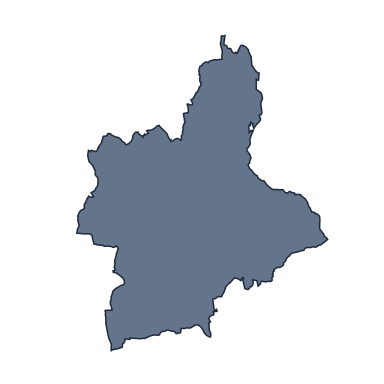 outline of Zalau, Salaj, Romania, rotated 257°
{"feature_id": "2599482B75306965992647", "entity_name": "Zalau", "entity_type": "district", "adm_level": 2, "iso_a3": "ROU", "parent_name": "Romania", "parent_adm1": "Salaj", "projection": "natural_earth1", "projection_center": [23.08, 47.176], "detail": "fine", "context": "isolated", "style": "filled", "palette": "slate", "viewbox_px": 384, "rotation_deg": 257, "n_neighbors": 0, "source": "geoboundaries", "source_scale": "gbopen_adm2", "svg_char_len": 5959}
<svg xmlns="http://www.w3.org/2000/svg" viewBox="0 0 384 384"><g transform="rotate(257 192 192)"><path d="M175.1,276.3L175.2,275.1L175.8,274.2L175.9,271.7L176.5,271.5L176.9,270.5L180.1,267.9L183.3,266.0L186.5,264.8L187.2,263.3L187.2,262.5L188.8,261.3L189.9,260.1L191.7,259.3L193.3,259.2L194.5,257.5L200.1,254.7L201.9,253.4L205.4,252.7L206.7,253.5L207.1,254.5L210.8,256.1L211.4,256.9L212.0,257.1L215.1,256.9L219.6,255.1L221.0,254.9L222.0,255.5L222.3,256.3L223.2,257.4L225.2,259.2L226.2,259.7L229.7,260.1L230.7,260.5L236.2,263.9L237.1,265.0L237.8,265.3L238.6,264.7L238.2,263.0L237.2,261.1L239.1,261.9L240.2,261.6L243.0,261.9L243.2,262.4L244.7,263.4L243.8,264.0L246.7,265.0L245.0,266.7L243.8,266.2L239.8,266.5L240.7,267.1L243.5,270.4L244.7,272.5L246.2,274.4L247.6,275.1L249.2,275.2L250.1,274.5L252.0,275.2L251.7,276.5L253.5,278.0L262.7,278.9L264.9,280.1L266.4,281.4L269.1,282.0L273.3,281.5L277.5,277.7L287.5,280.0L285.9,281.5L285.9,281.9L292.8,284.2L293.0,283.1L293.4,282.7L296.1,281.1L301.9,278.9L310.8,280.0L316.8,278.6L317.7,279.0L321.4,276.9L322.1,276.3L322.4,275.4L323.2,275.0L323.2,274.1L323.8,273.5L323.8,272.5L319.7,269.0L317.9,268.2L318.1,267.8L317.0,267.1L318.3,265.8L317.3,265.2L318.0,264.1L319.0,262.8L323.0,261.9L323.3,261.4L323.7,259.6L324.4,259.0L326.9,258.6L328.1,256.3L329.7,256.6L337.0,259.3L336.8,258.6L337.4,255.6L332.9,254.4L330.3,253.0L322.3,253.2L316.9,251.4L314.5,251.3L315.1,247.2L315.1,246.3L315.9,243.5L315.5,238.1L314.5,237.2L315.6,235.1L314.8,232.1L313.6,230.3L312.9,229.9L312.7,228.3L312.3,227.7L308.3,225.8L305.8,226.0L304.7,225.1L303.3,226.1L301.3,225.2L298.0,224.5L297.2,224.8L296.7,225.5L296.0,225.6L295.9,225.1L294.0,224.6L292.8,223.3L292.6,222.6L291.9,222.6L291.2,221.8L290.3,221.5L289.8,220.8L288.5,220.0L287.7,218.1L286.9,217.7L283.6,214.8L282.3,213.3L282.3,211.8L278.4,212.4L277.6,212.4L276.9,211.7L277.0,210.5L278.8,207.5L278.7,207.0L274.6,207.2L270.2,206.2L270.4,201.3L266.8,200.9L265.3,201.2L263.7,200.6L262.0,201.3L261.1,200.1L260.3,199.9L259.0,198.6L257.8,198.5L257.3,197.7L254.1,197.3L252.9,196.3L250.3,195.7L249.1,194.2L247.5,194.0L244.9,193.0L247.2,190.4L247.6,189.2L247.2,187.0L246.0,184.7L246.0,183.2L246.1,182.7L246.8,182.7L247.8,183.3L247.9,182.5L249.4,181.6L255.1,180.5L263.4,175.1L264.3,175.0L264.1,172.4L262.9,170.9L261.6,167.0L261.7,164.3L262.1,162.8L262.0,161.7L259.0,162.6L258.1,159.0L259.0,158.8L257.8,157.3L257.8,156.2L256.8,156.3L261.0,153.0L262.4,153.1L263.0,150.3L260.8,147.6L259.3,146.6L257.7,146.2L255.0,144.2L253.5,141.6L252.9,139.1L253.1,138.0L255.0,137.5L257.1,135.4L258.3,134.7L259.3,134.6L261.8,132.4L262.1,131.2L263.6,128.9L265.1,127.1L266.9,125.7L267.7,124.5L267.8,122.9L266.0,121.9L266.0,119.0L266.3,118.3L265.9,117.8L260.5,115.0L257.3,111.4L255.9,111.0L256.1,110.2L254.1,109.2L253.7,108.6L253.6,108.0L252.9,107.5L255.3,103.2L255.1,102.6L254.1,102.0L255.8,100.5L251.2,98.6L246.4,98.5L244.5,98.6L244.1,99.1L240.0,101.2L234.2,102.4L233.0,102.4L231.5,101.6L229.7,101.9L227.4,103.2L226.1,103.4L223.0,102.7L219.6,101.5L218.5,100.9L217.9,99.7L216.1,98.3L215.1,97.1L214.0,93.5L209.6,95.0L209.6,92.4L211.2,90.3L209.3,88.9L209.5,88.6L204.9,85.3L205.1,85.1L204.7,84.7L203.2,84.0L200.1,83.3L199.7,82.9L199.4,80.5L198.5,78.7L195.6,76.1L193.9,75.1L193.3,75.5L189.8,74.3L184.5,74.5L181.8,72.2L177.8,70.5L175.2,78.1L174.6,82.0L172.6,84.9L169.9,84.6L163.2,84.8L162.7,86.9L162.2,86.9L159.9,93.3L158.9,94.2L158.1,98.2L156.9,101.4L155.8,102.5L155.9,104.9L156.5,106.0L156.2,106.4L153.3,107.5L152.3,106.4L150.0,105.5L149.2,104.5L146.1,103.4L143.3,101.6L140.5,100.7L139.6,101.2L136.1,99.2L134.9,99.8L134.1,99.3L133.6,99.5L132.8,98.8L133.0,97.3L131.4,97.2L129.8,100.8L129.1,100.7L128.0,102.0L123.4,105.5L120.4,106.1L118.5,105.6L116.8,104.3L117.1,102.5L115.5,97.0L113.9,93.5L112.1,92.0L111.9,92.1L107.8,89.5L104.9,88.9L104.3,88.5L104.2,88.0L103.5,87.7L100.7,87.2L99.2,87.6L94.8,87.5L96.1,81.5L95.9,80.6L93.9,80.6L91.7,79.9L89.3,79.8L83.2,78.5L76.7,78.2L68.7,78.0L62.1,79.2L55.6,77.6L56.2,79.9L56.3,82.1L55.9,82.5L56.5,89.2L59.7,90.1L60.1,91.6L61.0,92.5L61.8,93.1L63.9,93.5L62.4,98.4L63.7,98.7L60.6,108.7L60.5,111.1L59.9,112.9L61.1,118.9L61.2,121.5L61.1,123.8L60.2,126.0L60.1,128.1L62.5,130.1L62.4,130.8L62.9,131.6L62.5,133.1L62.5,134.7L63.2,136.7L62.6,138.3L60.9,140.9L60.8,141.5L59.7,143.8L57.6,144.7L57.4,145.2L57.6,146.9L57.3,149.0L61.6,150.9L60.7,153.6L60.8,156.4L59.9,159.0L60.0,160.2L61.6,165.3L61.7,166.7L60.7,168.5L58.5,170.3L54.9,171.8L52.8,171.9L49.4,173.6L47.3,175.8L46.6,177.5L49.7,178.5L53.7,177.9L56.2,178.1L59.3,179.0L60.8,178.8L61.3,180.8L65.0,179.6L66.0,181.0L67.0,181.7L67.5,185.7L70.3,185.7L70.1,189.5L72.2,189.6L71.6,188.0L71.4,187.1L71.6,187.1L82.7,188.0L83.0,188.3L82.8,190.3L84.2,194.0L83.3,197.1L87.0,200.4L90.6,202.9L91.0,202.6L93.6,205.6L95.1,208.9L98.8,214.0L96.9,217.6L94.6,219.7L97.4,221.8L96.5,222.9L95.9,222.8L94.6,221.7L86.1,221.8L85.6,222.1L84.4,224.5L84.6,225.4L86.6,227.7L86.5,228.8L88.4,230.7L90.2,231.3L92.7,231.3L91.1,235.3L85.5,235.2L86.6,237.5L89.5,239.5L87.8,243.7L87.7,247.2L87.0,248.5L87.5,249.1L87.5,249.8L88.2,250.4L90.5,250.4L91.4,252.2L93.1,251.8L93.8,252.7L94.5,252.5L96.1,253.3L96.5,254.4L98.0,254.2L99.2,257.9L98.8,260.7L99.0,262.2L100.4,264.9L101.8,264.8L104.0,267.9L105.8,269.1L106.6,270.0L107.4,271.3L107.9,272.9L109.2,273.8L109.6,274.5L109.9,276.9L109.9,282.8L110.3,285.6L109.9,287.7L111.7,289.4L112.0,290.6L111.8,292.6L111.2,294.9L111.4,298.0L110.5,299.5L110.5,301.1L111.4,303.3L111.5,305.8L112.4,307.0L112.8,308.6L115.3,313.5L116.9,312.9L119.2,311.0L121.5,310.8L126.6,308.3L128.9,308.4L136.4,310.4L138.9,310.8L140.2,310.6L142.1,309.2L142.7,308.5L142.8,307.6L144.3,307.0L145.2,305.6L145.2,304.5L145.5,304.4L147.4,303.7L149.9,303.5L151.5,302.4L155.2,302.3L159.6,301.0L163.2,298.0L164.0,297.4L165.0,297.3L166.0,294.4L166.0,291.9L166.2,291.6L167.7,291.9L168.0,291.7L168.2,290.7L169.1,289.1L170.5,287.6L170.6,287.1L169.6,284.9L169.7,284.3L170.8,282.4L173.6,281.3L174.0,280.5L174.4,277.8L175.1,276.3Z" fill="#64748b" stroke="#1e293b" stroke-width="1.5"/></g></svg>